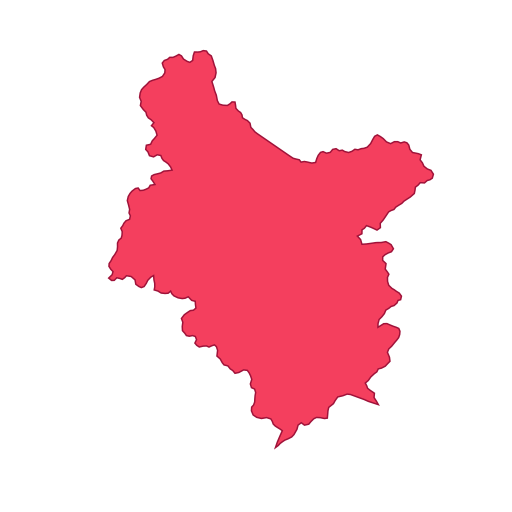 Cachoeiro de Itapemirim, Espírito Santo, Brazil, rotated 24°
{"feature_id": "56859067B37566088489442", "entity_name": "Cachoeiro de Itapemirim", "entity_type": "district", "adm_level": 2, "iso_a3": "BRA", "parent_name": "Brazil", "parent_adm1": "Espírito Santo", "projection": "albers", "projection_center": [-41.196, -20.779], "detail": "fine", "context": "isolated", "style": "filled", "palette": "rose", "viewbox_px": 512, "rotation_deg": 24, "n_neighbors": 0, "source": "geoboundaries", "source_scale": "gbopen_adm2", "svg_char_len": 5135}
<svg xmlns="http://www.w3.org/2000/svg" viewBox="0 0 512 512"><g transform="rotate(24 256 256)"><path d="M89.2,165.6L93.6,168.1L97.0,169.4L98.9,171.9L101.5,173.6L104.8,174.2L108.5,175.7L107.5,179.5L110.3,180.2L113.7,182.6L116.5,185.9L115.4,190.0L114.4,192.9L114.3,196.8L110.8,199.4L111.9,203.5L114.9,204.8L117.9,207.7L122.1,207.1L124.6,203.7L128.2,202.9L130.3,205.0L132.7,206.4L135.3,206.8L138.3,207.5L141.8,209.4L144.4,211.7L140.3,214.3L137.3,215.9L135.2,218.9L132.3,221.2L129.8,223.1L128.1,225.4L128.7,228.1L131.7,229.8L134.6,231.8L130.6,234.4L130.3,237.4L128.4,239.7L126.3,241.8L123.4,243.4L120.7,241.8L118.4,243.4L116.3,247.3L115.5,250.0L115.1,253.5L115.9,257.7L118.8,261.2L121.6,264.8L122.5,268.3L124.9,270.4L125.6,273.9L122.9,276.7L122.0,279.8L121.9,282.6L121.2,285.6L123.9,288.2L125.2,291.7L125.6,294.5L124.2,297.2L124.2,300.5L125.8,304.0L126.9,307.4L126.4,312.2L125.6,315.6L125.5,319.2L124.9,322.6L125.9,325.3L128.8,327.2L131.7,328.4L132.2,331.6L130.4,336.1L134.0,337.1L136.4,335.9L137.7,332.5L140.7,331.9L143.4,331.7L144.8,329.3L145.7,326.7L150.3,325.5L155.2,327.0L157.7,330.7L161.4,331.5L164.1,331.5L166.2,329.4L166.9,325.6L167.0,322.3L168.5,318.1L170.4,315.5L172.5,319.3L174.6,322.2L176.1,325.4L176.8,328.4L180.7,327.9L184.4,328.4L188.2,327.2L190.9,325.7L192.3,322.8L194.5,324.7L197.2,325.8L201.8,325.9L205.9,324.9L208.4,323.4L210.7,320.8L215.3,322.7L218.9,322.1L220.5,325.1L222.3,328.0L220.9,331.0L218.2,332.6L216.4,335.4L214.4,338.8L213.3,343.4L216.1,346.3L217.3,350.4L219.2,354.1L222.5,355.6L224.8,357.0L227.7,356.4L230.4,354.5L233.3,354.2L235.7,356.6L235.6,360.4L238.2,361.7L241.2,362.2L244.4,359.8L247.4,358.3L250.1,358.3L252.1,356.0L254.2,354.1L256.7,354.9L259.3,357.8L261.0,363.3L265.2,364.6L268.6,367.2L271.1,368.5L275.0,367.8L278.4,369.6L281.4,370.1L284.5,371.7L287.7,369.4L291.0,365.1L294.6,364.0L297.2,365.5L299.6,367.5L302.3,370.4L302.9,375.2L305.4,378.1L308.8,378.1L311.2,380.8L312.0,384.0L313.1,387.1L314.2,390.0L314.4,393.2L313.5,395.8L314.8,399.3L318.1,402.4L322.3,403.1L327.1,402.2L331.4,399.3L335.8,398.8L338.1,400.4L340.1,402.5L342.7,403.5L345.3,403.9L348.3,404.3L351.1,404.9L351.1,410.7L351.2,417.4L351.7,423.1L353.4,420.1L354.3,417.4L355.7,414.9L357.2,412.5L359.6,410.0L362.2,406.8L363.3,403.7L363.9,397.7L363.2,393.4L365.2,389.9L369.1,390.8L372.6,388.2L373.5,385.0L374.9,381.3L376.9,378.9L380.6,377.5L384.7,376.6L387.1,375.1L385.7,371.0L384.7,368.2L384.0,364.7L386.8,359.4L387.1,355.9L388.0,351.5L392.2,348.3L395.4,345.1L398.6,344.1L413.2,343.1L417.7,343.1L428.2,342.0L425.1,339.7L421.4,337.3L420.0,333.2L415.0,332.3L411.8,331.5L409.9,329.5L407.5,327.6L409.2,324.1L410.1,319.7L412.0,315.3L413.5,312.7L413.6,309.4L416.2,307.4L418.9,304.1L420.0,300.9L421.2,297.7L419.1,294.2L415.2,290.5L415.1,286.8L416.6,283.3L417.9,278.5L418.8,275.5L419.5,272.5L419.2,269.3L418.1,266.2L415.9,264.1L413.0,264.1L409.7,264.4L406.0,264.5L403.1,264.5L400.2,265.9L398.4,268.6L396.4,271.5L395.0,268.3L394.3,263.9L395.7,260.3L396.7,256.4L396.6,252.6L398.6,249.8L399.9,247.2L402.3,245.1L403.9,241.6L403.8,238.8L405.9,237.1L405.2,233.5L401.9,231.6L398.7,231.2L396.0,230.6L393.3,230.3L389.2,228.8L386.5,225.7L384.8,222.1L384.8,218.6L382.6,217.2L379.4,215.4L377.9,210.1L373.5,208.5L372.1,205.2L373.3,202.4L375.5,199.5L378.0,197.0L378.6,193.5L374.8,190.7L372.1,190.3L368.8,190.1L365.0,192.7L360.3,194.9L356.2,197.5L352.0,200.1L348.0,202.2L344.8,198.4L340.5,196.6L343.7,192.6L342.2,189.0L343.7,186.6L344.6,183.3L349.2,183.0L352.0,183.0L356.0,183.1L358.1,179.5L356.2,175.6L357.5,171.5L358.5,165.9L359.2,161.8L360.8,159.6L363.1,157.4L363.8,154.5L365.7,151.6L367.8,148.6L368.9,145.6L370.9,142.5L373.0,139.3L375.2,134.5L374.5,131.3L373.6,128.3L375.2,125.4L376.2,122.2L380.2,120.7L381.7,117.4L383.9,115.6L385.4,113.2L384.8,109.1L381.0,106.6L377.1,106.8L372.9,105.7L370.1,103.2L366.8,101.4L365.9,96.3L362.6,96.5L359.5,97.2L356.9,97.8L353.2,96.0L350.4,92.5L347.8,91.2L345.0,91.5L342.2,93.9L339.0,93.9L335.9,95.3L333.3,98.6L328.8,98.7L324.5,97.0L321.1,96.3L317.6,96.0L315.7,98.4L315.3,101.8L315.0,106.7L313.4,111.3L310.9,113.7L308.5,115.1L306.0,117.5L302.9,118.3L301.2,121.2L298.5,123.8L294.5,124.5L291.8,124.2L289.2,126.0L285.5,125.4L282.7,127.4L281.7,131.1L278.6,133.4L274.8,133.4L272.8,135.1L271.9,138.7L271.9,142.2L272.4,146.3L269.2,148.4L264.6,149.3L261.7,150.0L259.0,151.9L256.4,150.5L252.9,151.2L250.1,151.6L244.8,150.7L207.3,143.7L204.4,143.0L201.8,141.7L199.0,140.6L196.5,137.1L193.1,135.8L190.2,135.7L187.4,135.2L185.8,132.8L183.6,131.2L180.9,130.7L177.6,129.3L176.0,126.6L174.2,123.9L171.4,125.0L170.3,127.6L168.6,130.1L164.4,131.7L160.5,132.2L157.5,129.8L154.3,125.2L151.0,121.9L149.0,119.4L147.1,117.2L144.7,114.5L146.0,109.6L145.0,104.9L142.9,101.3L140.3,98.7L137.2,95.0L133.8,91.4L130.1,90.7L127.4,88.9L124.3,89.8L122.1,92.1L119.8,93.4L116.8,94.7L117.2,98.6L118.6,103.1L116.8,106.0L113.9,106.2L109.7,105.6L106.5,103.5L103.6,103.2L101.4,106.1L99.4,108.3L96.4,109.6L95.2,112.3L92.7,114.7L91.9,117.9L94.5,120.9L97.1,122.7L98.2,125.8L97.5,130.0L95.1,133.0L92.6,135.4L90.0,137.6L87.7,140.0L86.4,143.8L84.8,147.4L83.8,150.5L83.9,154.1L85.1,158.4L88.2,161.4L89.2,165.6Z" fill="#f43f5e" stroke="#9f1239" stroke-width="1.5"/></g></svg>